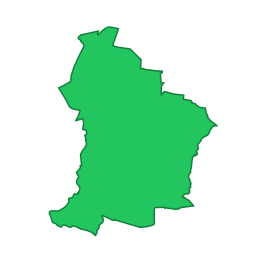 outline of Oravita, Caras-Severin, Romania, rotated 83°
{"feature_id": "2599482B80762656087619", "entity_name": "Oravita", "entity_type": "district", "adm_level": 2, "iso_a3": "ROU", "parent_name": "Romania", "parent_adm1": "Caras-Severin", "projection": "albers", "projection_center": [21.762, 45.061], "detail": "fine", "context": "isolated", "style": "filled", "palette": "green", "viewbox_px": 256, "rotation_deg": 83, "n_neighbors": 0, "source": "geoboundaries", "source_scale": "gbopen_adm2", "svg_char_len": 5765}
<svg xmlns="http://www.w3.org/2000/svg" viewBox="0 0 256 256"><g transform="rotate(83 128 128)"><path d="M212.3,214.4L212.7,213.8L213.2,213.4L213.7,212.1L214.1,211.4L216.1,209.9L216.8,209.1L217.4,208.1L218.2,206.6L218.2,206.4L218.0,206.1L217.7,205.9L217.5,205.6L217.1,205.1L216.4,204.6L216.3,204.3L216.3,204.1L216.5,203.3L216.7,202.9L216.7,202.7L216.6,202.4L217.0,201.9L217.5,201.3L217.6,200.9L218.0,200.5L218.0,200.3L218.2,200.0L218.6,199.5L218.6,199.2L219.4,197.8L219.6,197.6L219.5,196.7L219.1,196.2L218.8,195.5L218.5,195.0L218.5,194.8L218.5,194.6L218.7,194.4L218.7,194.2L218.6,193.6L218.8,192.8L219.2,192.6L219.4,192.5L219.6,191.9L219.8,191.6L219.8,190.6L220.6,190.1L221.0,189.7L221.1,189.1L221.1,188.7L221.2,188.4L221.8,188.3L222.0,188.1L222.2,187.5L222.4,187.3L222.7,186.8L222.9,186.4L223.2,184.8L223.5,184.5L223.7,183.4L224.6,181.7L225.0,180.4L225.4,179.6L226.5,178.0L226.8,177.6L227.0,176.5L227.2,176.3L227.4,176.1L228.5,175.9L228.6,175.7L228.6,175.1L228.8,174.7L229.3,174.3L230.0,174.2L230.4,174.0L230.6,173.5L230.6,173.1L229.5,172.7L227.7,171.3L227.3,171.3L226.6,171.6L226.1,171.5L225.7,171.1L225.0,170.1L224.6,169.6L224.2,169.4L223.8,169.3L223.2,169.2L222.7,168.8L222.0,168.5L221.8,168.5L221.4,168.8L221.2,168.8L221.0,168.7L220.8,168.3L220.3,167.5L220.0,166.8L219.7,166.5L219.6,166.2L218.9,165.2L218.5,164.7L218.0,164.3L217.0,163.8L216.7,163.6L216.4,163.6L213.9,163.9L213.2,164.3L212.6,164.9L212.2,164.8L211.5,164.4L212.4,162.8L215.6,157.6L217.0,155.6L217.5,155.0L217.7,154.6L217.7,154.2L217.6,153.7L217.5,153.0L217.6,152.8L218.0,152.0L217.5,152.0L219.3,148.3L220.4,145.7L228.1,128.1L228.2,125.8L228.2,121.2L227.7,117.1L227.2,114.9L226.5,113.6L225.4,113.3L221.8,113.1L211.9,111.8L210.5,111.2L210.3,110.4L210.8,105.0L211.2,101.1L212.2,101.1L212.0,100.5L212.0,99.6L212.1,99.2L212.4,98.7L212.5,97.8L212.8,97.3L212.9,97.1L212.9,96.3L213.1,95.7L213.2,94.9L213.3,94.4L213.3,94.1L213.6,93.4L213.9,92.9L214.1,92.4L214.4,91.9L214.4,91.5L214.4,90.4L214.2,90.0L214.4,89.5L214.4,89.3L214.6,88.9L214.6,88.4L214.3,87.1L214.2,86.9L213.9,86.5L213.4,84.5L213.3,72.4L207.8,75.9L207.4,76.2L206.2,77.8L205.7,78.8L203.9,80.5L203.5,80.9L204.0,81.5L203.5,82.1L203.2,82.3L203.0,82.2L202.6,81.9L202.3,81.9L201.8,81.9L201.4,81.6L201.1,81.3L201.0,80.9L201.0,80.3L200.7,79.6L200.6,78.9L200.3,78.0L200.3,77.5L200.5,77.1L200.7,76.6L200.8,76.3L200.8,76.1L200.6,75.8L200.3,75.6L199.5,74.9L199.3,74.7L198.5,74.5L197.8,74.5L196.1,74.6L195.6,74.5L195.2,74.2L194.8,73.6L194.4,73.0L194.2,73.0L193.6,73.1L191.9,72.7L191.9,72.8L191.8,73.1L191.5,72.8L191.3,72.6L190.7,72.5L190.1,72.2L189.9,72.3L189.6,72.7L189.3,72.8L188.9,72.9L187.7,72.9L186.7,73.1L185.4,73.4L184.3,73.9L183.6,73.9L183.0,73.7L182.3,73.4L180.9,72.5L180.6,72.2L180.2,71.6L179.7,71.3L179.2,71.2L177.9,71.1L175.7,70.3L174.5,69.9L172.4,69.4L168.7,68.6L168.0,68.4L167.1,68.0L165.7,67.8L164.8,67.2L164.0,66.5L163.6,66.2L163.6,65.9L163.5,65.6L163.6,65.3L163.8,65.2L163.7,64.9L163.0,65.5L162.7,65.1L162.9,64.5L163.0,64.3L163.0,63.8L163.0,63.6L163.0,63.4L162.7,62.6L162.3,62.7L162.2,62.7L161.9,62.4L161.3,62.3L160.9,62.6L160.8,62.8L160.6,63.0L159.9,63.2L159.3,62.8L158.3,61.8L157.8,61.2L157.5,61.0L157.0,60.9L156.3,60.5L156.1,60.6L155.9,60.8L155.7,60.9L154.9,61.1L154.5,61.1L152.8,60.6L152.4,60.4L152.2,60.3L152.0,59.9L151.8,59.6L151.3,58.9L149.8,57.5L149.0,56.9L147.7,56.3L147.4,56.1L146.9,55.5L146.8,55.2L146.0,52.9L145.3,51.5L145.1,50.6L145.0,50.3L144.8,49.9L143.8,49.1L142.7,48.0L142.4,47.8L141.8,47.5L141.1,47.4L140.7,47.3L140.5,46.9L139.6,46.2L139.3,45.9L138.5,45.2L138.0,44.8L137.5,44.3L137.0,44.0L136.7,43.5L136.6,43.1L136.4,42.1L136.6,39.6L135.1,40.7L130.3,45.7L126.4,47.9L125.1,47.4L122.8,48.6L120.6,48.6L117.6,48.8L117.6,49.5L117.6,50.2L117.4,50.6L116.8,51.6L116.4,54.1L115.2,55.6L114.0,57.0L112.6,57.9L112.0,58.5L110.9,61.5L110.0,61.4L109.1,61.6L108.4,62.2L106.1,69.7L104.0,69.0L102.2,68.7L100.7,75.1L99.7,78.9L97.1,85.2L96.4,87.2L96.8,87.7L96.6,88.2L98.7,90.4L99.1,90.7L97.6,91.0L96.0,90.6L90.4,89.8L89.4,88.7L87.5,87.1L87.3,89.6L81.4,89.4L77.7,89.2L77.6,88.2L77.3,87.3L76.8,87.1L75.7,87.1L74.6,93.5L71.7,105.0L71.2,105.0L70.4,108.2L61.9,106.7L49.9,116.2L49.5,117.4L46.7,127.7L45.5,130.8L44.3,133.1L41.8,132.0L32.6,127.4L28.3,125.5L26.2,131.4L25.5,134.0L25.4,134.9L26.5,138.7L29.3,143.0L31.7,145.6L31.5,146.7L28.2,145.5L29.9,163.5L30.5,163.9L31.1,165.3L32.0,166.3L33.4,166.3L33.9,165.8L34.4,165.0L35.3,164.4L36.6,164.1L38.5,162.6L38.9,162.3L39.7,161.9L40.6,161.7L42.0,162.2L52.1,168.8L60.2,173.8L69.1,178.0L74.6,179.2L75.1,179.8L78.0,186.9L79.8,191.9L92.4,186.2L94.2,185.5L98.8,183.9L100.2,183.1L101.4,181.9L102.3,180.3L103.2,178.1L104.3,174.5L104.8,173.4L111.3,176.5L112.6,177.9L114.3,178.8L114.1,176.9L113.9,176.5L113.8,175.0L113.4,171.7L116.0,171.4L118.3,171.5L122.0,172.6L123.8,173.0L124.2,172.9L124.7,169.9L129.0,169.6L130.0,171.8L134.0,171.0L134.4,171.6L138.2,171.1L140.6,171.9L142.7,173.6L143.5,174.5L144.8,175.6L145.2,176.2L145.5,176.3L148.3,178.3L149.5,178.4L158.2,178.6L159.7,178.7L159.4,179.4L159.6,180.1L160.2,180.0L160.9,180.0L161.6,180.2L162.2,180.5L162.7,180.9L163.3,181.9L165.3,183.7L165.6,184.5L167.4,184.2L169.5,183.1L170.0,182.8L170.8,183.1L171.7,183.8L172.1,184.4L172.9,184.4L174.4,185.4L175.2,185.7L176.7,185.5L178.4,184.6L180.0,183.6L181.6,183.1L183.6,183.5L185.1,184.4L185.5,184.9L186.0,185.8L186.6,185.7L187.3,185.4L187.5,185.8L187.6,186.1L187.6,186.7L187.6,187.0L187.3,187.5L187.0,188.3L187.0,189.1L187.0,189.5L187.3,190.0L189.5,190.9L190.3,191.9L190.4,193.0L190.3,194.4L190.7,195.3L191.5,195.6L192.4,195.5L193.8,195.6L194.9,196.3L197.5,198.5L199.6,201.5L200.0,202.9L201.4,205.4L201.9,207.6L201.5,209.7L201.3,211.1L200.9,213.8L201.1,215.4L201.7,215.9L202.4,216.3L202.8,216.4L203.9,216.4L205.2,215.8L206.7,215.4L210.2,214.9L212.3,214.4Z" fill="#22c55e" stroke="#15803d" stroke-width="1.5"/></g></svg>